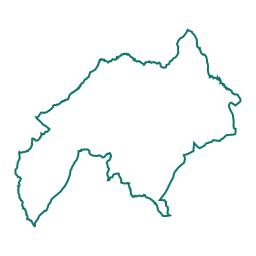 Nabon, Azuay, Ecuador
{"feature_id": "8360857B24818019376312", "entity_name": "Nabon", "entity_type": "district", "adm_level": 2, "iso_a3": "ECU", "parent_name": "Ecuador", "parent_adm1": "Azuay", "projection": "robinson", "projection_center": [-79.125, -3.333], "detail": "fine", "context": "isolated", "style": "outline", "palette": "teal", "viewbox_px": 256, "rotation_deg": 0, "n_neighbors": 0, "source": "geoboundaries", "source_scale": "gbopen_adm2", "svg_char_len": 5729}
<svg xmlns="http://www.w3.org/2000/svg" viewBox="0 0 256 256"><path d="M69.5,95.3L68.2,99.1L67.4,99.7L66.5,99.5L65.6,100.2L65.0,100.1L63.7,101.3L62.7,100.9L61.9,101.9L61.1,102.0L60.8,102.6L58.5,104.5L56.9,104.5L56.1,105.2L53.9,105.1L53.2,105.8L52.9,107.2L52.1,107.9L51.7,108.7L50.3,109.6L50.0,110.1L48.6,110.8L47.8,111.6L45.4,112.7L44.1,112.6L43.3,112.9L41.4,112.5L40.2,113.7L38.7,116.2L37.0,117.6L36.2,117.4L36.6,118.3L40.7,121.9L43.3,124.9L45.7,125.9L47.1,127.3L49.5,128.9L49.3,129.5L47.3,131.8L45.7,131.8L45.1,132.2L44.0,134.2L42.8,134.3L41.3,133.5L41.3,135.9L40.3,137.1L39.5,138.6L37.6,140.5L35.9,140.7L34.1,138.8L32.9,138.5L32.1,138.8L32.4,140.6L31.8,142.6L32.2,144.9L30.3,148.7L28.3,150.1L28.0,150.9L27.4,151.3L26.5,151.1L25.0,151.9L22.6,152.1L21.4,152.8L19.9,152.6L19.4,152.0L19.1,152.5L19.8,158.2L17.7,162.6L17.2,167.6L15.4,169.9L15.6,173.9L17.1,175.4L18.0,177.1L20.2,177.4L20.8,178.9L19.7,181.4L18.9,182.2L19.5,185.5L18.4,185.8L18.0,186.3L18.8,187.9L18.1,189.3L18.5,190.7L18.3,192.9L19.5,195.5L19.5,198.1L20.7,199.1L21.0,200.4L22.1,200.9L22.8,202.5L22.1,204.9L22.4,206.0L23.3,207.0L23.1,208.6L24.6,208.8L25.4,210.1L25.5,211.2L26.3,212.2L26.4,213.2L26.2,214.6L27.2,215.6L27.6,216.6L27.1,219.1L27.4,219.4L28.9,219.3L30.1,220.6L31.3,220.6L32.5,223.2L34.5,226.2L34.9,226.0L35.0,223.3L35.3,222.5L37.9,218.8L39.2,215.9L44.7,210.8L45.7,211.0L46.6,210.1L47.8,207.3L48.6,204.4L50.2,202.9L51.6,199.1L60.7,191.5L62.5,188.9L64.8,186.2L67.4,181.5L68.9,177.9L70.1,174.2L70.4,170.7L71.7,168.3L72.1,166.9L73.7,164.4L74.5,162.4L76.7,159.9L77.6,157.6L78.3,154.9L78.6,151.0L81.0,151.1L81.3,150.6L81.3,149.7L82.6,149.8L83.7,149.5L87.3,149.4L88.7,150.2L89.4,151.1L89.5,151.7L89.2,152.3L89.8,153.9L92.6,155.6L97.5,156.0L99.0,155.3L101.4,156.3L102.7,157.5L104.4,157.0L106.9,153.9L107.7,153.7L108.2,154.1L109.7,153.0L110.5,154.2L111.0,155.9L111.0,156.3L110.5,156.9L110.6,158.0L109.9,159.6L109.1,160.4L107.9,160.7L106.8,162.6L107.6,165.5L107.7,167.1L108.3,167.6L109.1,168.9L107.3,173.2L107.4,174.9L108.4,177.1L108.5,178.7L108.0,179.6L107.9,180.3L109.4,180.0L110.0,178.1L110.5,177.5L112.5,177.1L113.3,174.9L113.8,174.4L117.2,173.5L118.8,173.7L118.9,175.4L120.6,178.2L121.4,180.2L121.0,182.1L121.2,182.6L124.9,183.6L127.5,183.0L129.0,183.3L128.6,184.0L128.5,184.9L129.0,185.6L129.5,188.0L130.2,188.3L130.6,189.1L130.2,190.2L130.8,191.4L130.9,194.4L132.1,195.4L132.6,196.7L134.1,196.8L134.5,195.9L135.4,195.8L136.1,196.4L139.4,195.5L141.7,196.3L143.0,196.0L143.6,195.0L144.6,194.9L145.0,195.2L145.3,196.4L146.5,197.4L149.9,198.5L150.8,199.4L151.5,199.6L152.4,200.6L153.5,201.1L153.9,202.2L155.4,202.9L155.6,203.5L154.9,203.4L155.5,204.2L156.2,204.1L157.2,206.2L158.0,209.9L159.2,211.7L160.4,212.4L162.8,215.9L166.4,216.0L169.8,215.4L167.5,213.6L167.7,211.0L168.2,209.5L167.8,208.8L167.8,207.2L166.2,205.8L165.9,204.2L166.1,202.0L165.4,201.7L164.6,200.2L159.8,200.0L165.1,193.0L167.4,189.0L170.1,183.1L172.8,178.1L173.5,176.4L173.7,174.4L174.9,171.9L178.3,167.6L184.2,162.5L185.0,158.5L183.8,155.1L187.5,154.1L193.4,151.1L194.1,143.0L197.4,146.7L199.7,148.2L204.3,145.8L204.9,145.3L205.7,143.9L206.5,143.3L208.1,143.0L209.8,142.2L211.6,142.0L213.2,140.1L219.8,141.0L221.1,139.4L222.6,138.8L225.9,135.6L227.1,135.0L233.5,134.6L235.0,134.2L235.4,133.1L235.7,129.3L235.7,128.9L233.9,128.3L233.9,127.1L233.5,126.4L233.7,121.3L232.8,114.6L230.2,109.7L229.0,106.7L228.9,105.4L230.0,103.2L230.8,102.7L231.7,102.9L235.5,105.5L240.3,101.4L240.6,100.8L239.9,98.1L239.0,97.2L237.9,95.0L236.5,94.4L234.5,94.4L233.9,94.1L233.7,93.6L233.1,93.6L232.1,92.6L231.5,90.7L229.5,89.8L229.4,89.3L228.4,89.4L228.0,88.7L227.5,88.6L226.8,89.0L226.5,87.8L225.6,86.8L225.3,86.7L225.2,87.2L224.8,86.6L224.4,86.6L224.4,85.1L223.7,84.1L222.8,84.7L222.6,83.9L221.7,83.1L220.9,82.8L220.4,83.0L220.7,81.9L220.4,81.4L220.7,80.9L220.5,80.3L220.0,80.1L220.1,79.5L219.7,78.7L219.2,79.9L217.9,77.7L217.9,78.7L217.4,79.3L216.0,77.8L214.1,77.7L213.5,78.3L212.3,76.4L211.5,75.8L210.7,76.0L210.4,77.3L209.7,77.3L209.6,75.8L208.7,74.1L208.0,71.7L208.1,70.7L207.8,69.8L208.1,67.2L207.8,64.0L207.0,62.1L207.1,60.6L206.3,57.0L204.9,54.7L203.7,54.8L203.4,54.4L202.7,54.5L200.7,52.4L200.7,51.1L200.0,50.0L199.9,48.8L199.3,48.7L199.5,48.2L199.0,48.3L198.9,47.8L197.8,47.1L196.9,45.7L197.1,44.8L196.8,39.6L194.5,35.2L192.4,33.1L191.9,31.8L188.6,30.5L187.7,29.8L186.3,32.7L183.2,36.8L180.5,38.2L178.4,40.5L177.0,44.3L178.3,46.9L178.0,48.6L178.3,53.0L178.1,53.7L175.7,57.2L173.1,58.6L171.8,60.5L169.8,61.5L169.1,64.0L166.4,65.0L166.0,67.3L163.7,67.8L161.1,66.7L160.6,65.9L160.3,63.7L159.3,62.7L158.5,62.7L158.0,63.4L157.2,63.7L154.2,62.1L152.6,62.3L151.3,62.8L149.9,61.6L149.5,62.3L148.9,62.2L148.4,61.7L147.4,62.1L145.5,62.4L145.3,63.1L144.6,63.6L144.7,64.0L144.0,64.8L143.7,64.1L141.6,63.1L140.5,62.0L139.4,61.6L139.0,61.0L136.8,61.5L135.2,60.2L134.6,60.6L134.2,59.9L134.4,59.3L133.6,59.5L133.7,58.6L132.9,58.5L131.9,57.3L131.1,56.8L130.5,56.8L130.1,55.8L128.6,54.3L128.0,54.7L127.5,54.1L127.0,54.4L126.5,53.9L125.9,54.2L124.8,53.6L124.4,54.0L123.7,53.9L123.4,54.3L122.2,54.3L121.6,55.0L121.3,54.8L120.8,55.6L119.1,56.5L118.4,57.4L118.2,57.3L117.9,58.0L116.8,57.1L116.4,58.0L116.3,59.2L115.7,59.6L114.6,59.8L112.7,59.1L111.1,61.1L110.4,61.3L110.2,61.0L109.4,61.4L108.3,62.4L108.1,61.8L106.6,61.4L105.8,60.8L104.6,60.9L104.4,59.8L104.0,59.5L102.8,60.0L101.5,59.6L101.5,59.1L100.6,59.2L99.9,59.8L99.9,60.4L99.4,60.7L99.6,61.8L98.6,63.0L98.4,64.7L97.7,65.3L97.5,66.5L96.9,66.9L95.4,69.5L92.5,71.3L90.1,72.3L88.8,76.9L87.2,77.8L86.6,78.8L84.9,79.5L83.1,82.7L82.1,83.1L80.5,84.8L80.5,86.0L79.7,86.1L79.7,86.9L79.2,87.8L78.8,87.7L78.0,88.9L77.5,88.6L77.2,89.4L76.5,90.0L76.0,90.0L75.1,91.1L74.2,91.4L73.7,92.2L73.0,92.1L71.9,93.1L71.1,93.3L69.5,95.3Z" fill="none" stroke="#0f766e" stroke-width="2"/></svg>